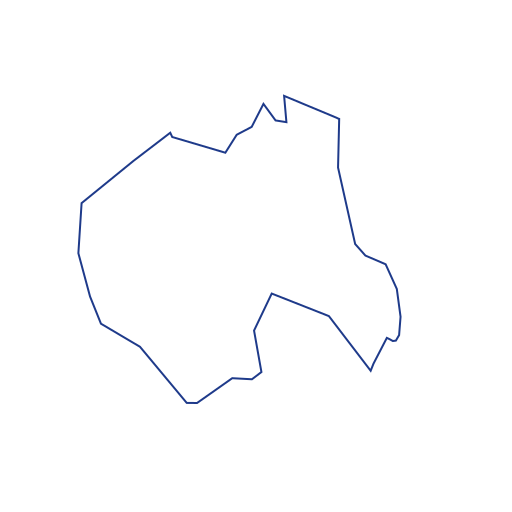 an SVG outline of Bridgend, rotated 224°
{"feature_id": "GBR-2112", "entity_name": "Bridgend", "entity_type": "Unitary Authority (wales)", "adm_level": 1, "iso_a3": "GBR", "parent_name": "United Kingdom", "parent_adm1": "", "projection": "equal_earth", "projection_center": [-3.617, 51.531], "detail": "fine", "context": "isolated", "style": "outline", "palette": "blue", "viewbox_px": 512, "rotation_deg": 224, "n_neighbors": 0, "source": "natural_earth", "source_scale": "10m", "svg_char_len": 640}
<svg xmlns="http://www.w3.org/2000/svg" viewBox="0 0 512 512"><g transform="rotate(224 256 256)"><path d="M291.4,412.4L258.4,376.6L193.0,333.5L177.6,332.3L157.0,340.1L131.8,330.1L109.8,312.7L98.1,298.5L96.6,292.3L98.5,289.9L102.0,289.0L105.0,288.0L96.7,260.2L93.8,253.1L161.8,263.4L218.6,239.9L205.6,201.0L171.5,176.3L173.3,164.5L188.2,151.6L196.3,109.3L203.8,102.2L276.4,110.1L320.5,99.6L347.3,111.6L385.7,134.6L418.2,172.9L410.2,239.4L403.3,285.1L398.9,283.4L349.8,309.0L354.1,329.8L348.8,345.9L356.3,370.6L336.1,367.1L327.1,373.4L347.0,390.7L294.1,411.4L292.5,411.9L291.4,412.4Z" fill="none" stroke="#1e3a8a" stroke-width="2"/></g></svg>